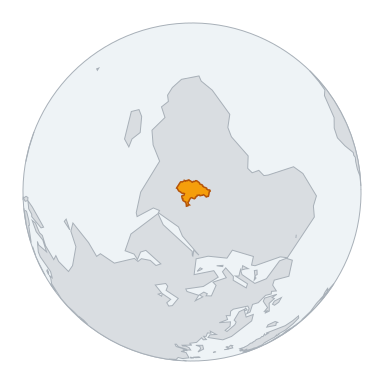 South Sudan highlighted on a globe, orthographic projection, rotated 169°
{"feature_id": "SSD", "entity_name": "South Sudan", "entity_type": "country or territory", "adm_level": 0, "iso_a3": "SSD", "parent_name": "Africa", "parent_adm1": "", "projection": "orthographic", "projection_center": [30.346, 7.857], "detail": "fine", "context": "on_globe", "style": "filled", "palette": "amber", "viewbox_px": 384, "rotation_deg": 169, "n_neighbors": 0, "source": "natural_earth", "source_scale": "50m", "svg_char_len": 10390}
<svg xmlns="http://www.w3.org/2000/svg" viewBox="0 0 384 384"><g transform="rotate(169 192 192)"><circle cx="192" cy="192" r="169" fill="#eef3f6" stroke="#a8b0b8"/><path d="M116.6,40.8L116.2,41.0L111.5,43.6L106.1,46.6L103.9,48.0L108.7,45.6L98.4,52.2L91.2,58.8L88.6,60.8L83.9,63.2L84.7,61.6L81.8,63.9L92.7,55.3L104.3,47.6L116.6,40.8ZM80.2,65.4L82.2,63.8L75.6,69.8L74.3,71.1L74.4,71.3L76.8,69.3L74.5,71.7L70.1,75.0L72.2,72.9L73.5,71.7L73.8,71.2L73.5,71.6L80.2,65.4ZM25.1,165.8L24.1,175.6L25.3,183.1L25.5,190.8L25.1,194.9L26.2,197.1L26.2,200.0L33.1,208.2L38.9,217.4L40.2,227.6L38.3,237.9L43.6,261.4L42.1,266.8L46.4,276.1L53.3,288.5L53.1,288.3L46.2,277.4L40.1,266.1L34.9,254.3L30.7,242.2L27.3,229.8L24.9,217.1L23.5,204.3L23.0,191.5L23.6,178.6L25.1,165.8ZM144.2,30.1L145.1,29.8L147.8,29.0L144.2,30.1ZM161.6,25.8L162.1,25.7L155.5,27.0L153.2,27.7L150.7,28.3L154.2,27.3L161.6,25.8ZM161.9,25.8L163.5,25.5L162.0,25.7L161.9,25.8ZM166.6,25.0L164.5,25.3L163.8,25.4L166.6,25.0ZM169.3,24.6L170.1,24.5L164.9,25.2L165.0,25.2L169.3,24.6ZM170.4,24.7L163.9,25.6L162.5,25.7L169.0,24.7L170.4,24.7ZM325.9,88.9L324.6,87.3L321.8,83.9L323.5,86.7L319.6,81.9L322.8,86.9L326.1,90.7L326.0,89.6L330.5,96.6L335.7,103.5L340.8,112.4L347.3,128.8L347.1,134.5L348.1,137.5L345.6,134.5L346.0,140.9L353.3,157.4L354.3,162.5L353.2,173.0L352.6,169.2L346.2,161.0L347.6,173.3L352.5,182.8L354.3,194.6L351.6,191.4L349.5,181.1L347.2,177.9L346.0,167.1L340.6,152.0L337.8,155.5L336.2,149.3L328.4,137.5L323.3,142.5L316.4,160.4L318.4,176.7L314.8,184.3L303.2,162.1L297.9,147.0L293.7,148.9L281.8,137.0L261.2,137.8L258.3,134.1L254.4,136.2L246.0,132.8L241.4,126.7L236.3,127.4L248.4,143.5L253.9,142.9L258.4,136.2L260.7,142.1L268.9,147.1L260.0,162.4L229.5,177.3L226.5,165.3L203.1,133.6L203.8,130.0L203.7,129.6L203.4,128.9L201.3,134.7L197.3,128.7L209.8,150.6L211.9,160.3L229.0,178.1L227.4,180.0L233.0,183.7L250.6,178.3L250.7,182.3L242.4,201.7L217.9,228.4L221.2,245.6L219.5,260.3L204.3,270.3L205.7,281.4L197.9,285.4L197.5,291.7L191.3,298.3L180.8,304.6L163.0,304.6L161.8,299.1L152.7,288.1L140.1,261.0L144.5,248.5L142.8,238.7L130.0,216.7L132.8,204.6L129.3,199.4L122.3,200.5L118.3,194.4L114.0,194.1L87.5,197.4L79.6,189.0L70.6,164.4L75.5,155.1L76.7,144.1L110.9,109.3L117.8,111.5L144.2,107.6L147.5,108.9L144.0,117.0L163.5,127.2L170.3,120.4L188.4,125.9L200.7,125.6L205.7,110.5L185.6,110.6L182.5,103.4L198.9,97.1L216.6,98.0L215.9,95.3L205.1,89.3L209.5,84.6L201.4,87.0L204.4,89.6L199.5,91.5L196.4,89.2L198.0,87.4L192.8,86.3L186.2,95.7L188.6,99.5L174.7,101.3L177.3,107.9L173.4,111.1L167.5,101.2L168.4,97.5L157.1,87.5L155.0,91.3L165.5,101.3L162.0,100.5L159.2,106.6L158.7,101.4L147.8,90.3L135.5,92.7L119.2,107.7L112.1,108.9L106.5,105.9L113.0,90.8L128.1,89.8L130.6,85.2L128.1,78.8L132.9,79.3L133.7,76.8L139.5,76.5L148.1,70.7L154.0,70.1L157.9,63.1L161.5,62.1L158.2,66.4L159.0,69.4L173.8,69.1L176.8,67.6L178.1,63.3L182.0,64.1L181.4,60.0L190.2,58.5L179.0,57.2L180.3,52.9L185.9,49.9L184.3,48.4L175.3,53.5L173.5,55.9L175.1,58.2L168.5,65.5L163.3,66.8L162.7,58.9L155.2,60.1L158.0,54.1L180.7,42.7L189.9,41.0L204.0,46.1L201.6,48.4L195.3,47.5L200.6,51.9L200.4,49.8L203.7,50.7L205.7,47.6L208.1,48.1L206.0,44.4L209.2,44.8L210.4,47.1L216.2,43.5L222.9,43.9L223.0,42.9L221.3,41.7L231.0,43.5L230.6,42.7L227.3,41.8L224.6,39.8L223.4,37.1L226.8,37.8L227.7,38.9L234.7,42.6L236.5,45.7L237.7,45.8L237.0,43.3L228.5,38.7L226.8,37.0L231.3,38.8L229.5,38.0L229.8,37.4L233.2,37.6L228.5,35.6L226.6,29.8L233.1,30.3L237.2,32.2L239.5,30.7L246.6,32.5L243.5,31.5L242.6,30.8L240.3,30.2L238.8,29.7L237.8,29.4L249.2,33.0L260.4,37.5L271.2,42.8L281.6,48.8L291.6,55.5L301.0,62.9L309.9,71.0L318.2,79.7L325.9,88.9ZM98.8,127.0L97.8,130.2L98.8,127.0ZM235.3,107.2L245.8,107.7L241.0,98.6L244.7,98.2L241.7,95.5L240.6,98.0L233.4,90.7L237.9,88.1L236.6,84.5L233.0,84.2L225.8,90.2L236.2,100.4L233.8,104.2L235.3,107.2ZM25.8,161.7L25.7,162.1L25.8,161.7ZM75.8,69.6L76.1,69.4L75.7,70.1L74.7,70.8L75.8,69.6ZM80.7,68.2L76.8,72.1L78.9,69.6L76.8,71.0L78.7,67.9L87.4,61.7L83.1,64.9L80.7,68.2ZM83.6,62.7L81.5,64.9L83.5,62.8L83.6,62.7ZM132.6,65.1L134.4,66.5L131.9,69.2L124.4,71.3L127.9,67.2L132.6,65.1ZM137.5,68.0L138.9,60.3L143.7,59.1L140.8,61.0L143.7,61.0L139.9,64.1L142.9,71.1L140.9,74.0L128.2,75.4L133.5,73.1L131.4,71.7L137.5,68.0ZM134.4,47.2L135.1,45.1L144.4,45.1L142.7,47.1L135.1,49.0L132.7,47.7L134.4,47.2ZM129.6,35.1L129.2,35.1L130.6,34.6L132.0,34.1L129.6,35.1ZM123.6,37.5L124.0,37.4L128.4,35.6L130.7,34.7L137.9,32.0L139.5,31.4L146.5,29.3L148.4,28.8L143.4,30.2L144.4,30.0L132.5,34.5L131.5,34.7L125.7,37.7L120.8,39.6L124.7,37.4L116.6,41.4L118.2,40.3L113.0,43.1L122.3,38.1L122.8,37.9L123.6,37.5ZM149.9,28.4L149.7,28.4L146.6,29.2L149.9,28.4ZM175.3,27.8L171.7,27.6L174.7,29.1L169.8,29.6L170.4,29.7L166.7,30.7L163.4,32.4L161.2,32.5L160.8,33.1L158.4,33.9L157.1,34.9L152.8,35.6L150.9,36.9L149.9,36.5L147.9,38.8L147.5,37.5L144.2,38.8L146.3,39.3L126.0,43.0L117.8,46.4L111.1,50.1L111.3,48.0L117.7,43.5L126.8,38.6L134.7,36.0L133.4,35.8L136.7,34.6L136.4,35.3L138.9,33.6L141.6,32.9L149.8,30.1L151.8,28.7L154.8,27.9L155.4,28.0L158.0,27.1L161.1,27.0L163.3,26.5L168.6,26.2L168.3,27.3L170.9,26.7L175.0,26.7L175.3,27.8ZM171.8,24.6L172.6,25.2L170.3,25.9L162.1,26.3L159.6,26.7L154.3,27.5L157.7,26.6L158.9,26.4L160.9,26.0L159.0,26.4L162.0,25.9L163.8,25.7L166.6,25.3L166.1,25.5L171.8,24.6ZM151.4,106.0L154.0,106.3L158.0,106.0L156.3,110.0L151.4,106.0ZM143.8,98.5L146.2,97.9L145.8,103.0L143.1,102.9L143.8,98.5ZM147.8,93.6L146.3,97.5L145.6,95.3L147.8,93.6ZM160.4,65.8L162.9,65.3L163.1,66.3L161.5,67.9L160.4,65.8ZM183.2,34.2L181.5,33.5L182.3,33.2L181.7,31.2L185.3,31.0L187.0,32.1L183.2,34.2ZM202.1,113.1L198.4,116.0L196.6,114.6L198.3,113.9L202.1,113.1ZM176.1,112.9L181.9,114.9L175.6,114.1L176.1,112.9ZM187.0,33.6L186.3,32.8L188.5,33.2L187.0,33.6ZM187.8,30.8L190.5,31.1L185.6,30.8L187.8,30.8ZM261.7,329.5L262.1,331.1L259.8,331.5L261.7,329.5ZM248.1,256.9L236.2,282.6L228.3,283.0L227.0,275.7L231.5,260.3L240.8,255.5L245.4,248.3L248.1,256.9ZM358.9,217.9L359.0,217.8L358.5,219.7L358.9,217.9ZM358.6,218.2L355.7,219.4L354.1,217.9L354.9,214.9L357.5,214.7L358.6,218.2ZM354.7,214.8L351.6,207.7L344.4,185.8L347.0,185.6L354.0,198.3L353.6,200.8L355.5,206.6L354.7,214.8ZM360.5,197.9L360.1,205.4L358.9,205.5L358.1,204.6L357.6,195.3L357.9,190.4L358.7,190.3L359.5,173.1L360.2,176.7L360.5,183.8L360.9,189.9L360.5,197.9ZM319.2,178.1L323.0,187.5L320.7,189.4L319.2,178.1ZM358.1,161.6L358.9,168.9L357.6,159.3L358.1,161.6ZM356.3,152.8L357.1,156.3L356.3,153.0L356.3,152.8ZM349.6,142.2L348.9,143.3L348.1,140.9L348.5,138.1L349.6,142.2ZM344.7,120.1L347.8,126.9L348.7,129.2L346.9,125.2L344.7,120.1ZM216.7,33.8L213.5,36.4L213.7,38.8L217.5,40.8L210.8,39.5L210.6,35.6L216.7,33.8ZM225.0,30.1L221.7,28.8L223.9,29.0L225.0,29.3L225.0,30.1ZM222.4,29.6L216.8,28.9L215.4,28.0L220.1,28.7L222.4,29.6ZM201.9,30.3L200.7,31.0L198.9,30.5L201.9,30.3ZM335.6,281.1L342.6,268.2L342.6,268.4L347.1,258.4L349.4,253.5L343.1,267.6L335.6,281.1ZM360.2,208.1L360.7,200.8L361.0,191.8L360.9,189.5L361.0,191.2L361.0,191.4L361.0,192.3L360.2,208.1ZM357.6,158.5L357.3,156.9L357.6,158.5ZM356.4,152.9L356.0,151.8L352.2,138.7L352.2,138.2L355.1,147.9L355.6,149.9L356.4,152.9ZM237.6,29.4L235.6,28.8L236.8,29.1L237.6,29.4ZM230.9,27.6L229.5,27.3L230.9,27.6ZM231.2,28.0L230.3,27.5L233.2,28.5L231.2,28.0Z" fill="#d9dde1" stroke="#a8b0b8" stroke-width="1"/><path d="M202.7,202.7L202.0,203.4L201.5,203.9L201.4,204.0L201.2,204.1L200.8,204.1L200.3,204.0L199.8,203.7L199.3,203.9L199.0,204.0L198.9,204.0L198.4,204.1L197.9,204.2L197.6,204.4L197.4,204.5L197.3,204.8L197.2,204.7L196.7,204.5L196.5,204.2L196.4,204.0L196.3,203.9L195.8,204.2L195.5,204.3L195.3,204.3L195.0,204.1L194.6,204.0L194.4,204.0L194.1,204.2L193.7,204.4L193.5,204.7L193.4,204.9L193.4,204.7L193.2,204.5L193.0,204.4L192.9,204.4L192.7,204.5L192.6,204.4L192.6,204.2L192.5,203.8L192.2,203.7L191.6,203.4L191.0,202.8L190.8,202.6L190.6,202.4L190.3,201.9L190.0,201.6L189.7,201.5L189.4,201.6L189.2,201.9L188.7,202.2L188.2,202.0L187.9,201.9L187.2,201.9L187.0,202.0L186.6,202.3L186.4,202.4L186.2,202.4L185.8,202.3L185.7,202.3L185.3,202.1L185.2,201.9L184.9,201.7L184.6,201.6L184.5,201.4L184.4,201.3L184.3,201.0L184.1,200.8L183.6,200.5L183.5,200.3L183.4,200.1L183.2,199.8L182.9,199.5L182.9,199.1L182.9,198.7L182.7,198.4L182.4,198.1L182.0,197.9L181.6,197.6L181.4,197.4L181.0,197.4L180.8,197.2L180.6,196.9L180.5,196.6L180.3,196.4L180.2,196.3L180.2,196.1L180.3,195.5L180.1,195.4L179.8,195.1L179.5,194.8L179.4,194.6L179.0,194.3L178.0,193.8L177.5,193.5L177.2,193.2L176.9,192.9L177.1,192.5L177.1,192.3L177.0,192.1L176.4,191.6L176.0,191.1L175.7,190.9L174.8,190.8L174.6,190.7L174.4,190.6L174.1,190.4L174.0,190.1L174.2,189.7L174.0,189.4L174.2,189.2L174.4,189.1L175.1,188.8L175.1,188.5L175.2,188.4L175.4,188.0L175.5,187.8L175.5,187.5L175.5,187.4L175.8,187.1L175.9,186.7L175.9,186.2L176.0,186.0L176.4,185.6L176.5,185.4L176.5,185.2L176.6,184.9L176.7,184.7L176.8,184.7L177.1,184.6L177.3,184.7L178.8,184.4L179.0,184.4L179.1,184.6L179.1,184.9L179.1,185.0L179.4,185.3L179.6,185.5L179.9,185.7L181.0,187.0L181.3,187.2L181.6,187.1L182.2,186.8L182.5,186.8L184.6,186.9L184.8,186.8L185.2,187.5L185.3,187.6L187.6,187.7L187.6,187.3L187.9,187.0L188.0,186.9L188.4,186.6L188.8,186.5L189.5,186.4L189.7,186.1L189.8,185.9L189.8,185.5L189.9,185.4L190.1,185.3L190.9,184.9L191.0,184.9L192.4,185.7L193.1,186.4L193.2,186.5L193.3,186.5L193.3,186.4L193.7,186.4L194.3,186.4L194.6,186.3L195.8,185.0L196.1,184.6L196.4,184.3L196.6,183.8L196.6,183.7L198.0,182.6L198.0,182.4L197.8,182.0L197.8,181.8L197.8,181.5L197.8,181.0L197.8,180.7L197.7,180.6L197.0,179.8L198.9,179.7L198.8,179.4L198.8,179.2L200.2,179.1L200.2,179.4L200.0,179.9L200.1,180.3L200.0,180.7L200.0,180.8L199.9,180.8L199.9,181.0L200.2,183.1L200.1,183.4L200.1,183.5L200.7,183.7L200.8,183.7L201.0,184.0L202.3,185.1L202.5,185.4L202.5,185.5L202.5,185.8L202.5,186.0L202.3,186.5L202.2,187.0L202.3,187.2L202.8,187.2L202.8,187.3L202.9,187.9L202.9,188.5L202.9,189.3L202.9,189.5L202.9,189.8L202.7,190.1L202.0,190.3L201.6,190.3L201.3,190.2L200.9,190.2L200.6,190.3L200.4,190.4L200.2,190.8L199.9,191.4L199.8,191.7L199.7,191.8L199.8,191.9L200.0,192.1L200.4,192.3L200.9,192.4L201.3,192.4L201.5,192.5L202.4,193.0L202.6,193.2L202.7,193.4L202.8,193.6L202.9,193.8L203.3,194.2L203.5,194.5L204.1,194.8L204.3,195.1L204.6,195.3L204.8,195.5L205.2,196.5L205.3,196.9L205.5,197.3L205.6,197.8L205.7,198.1L205.9,198.4L206.1,198.6L206.4,198.8L205.9,199.4L205.3,200.0L204.6,200.7L203.8,201.5L203.3,202.1L202.7,202.7Z" fill="#f59e0b" stroke="#b45309" stroke-width="1.5"/></g></svg>